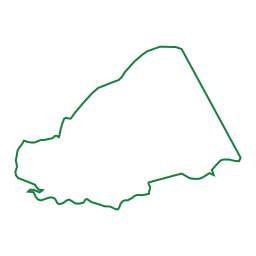 the district of Natividad, Oaxaca, Mexico
{"feature_id": "50627088B30412842807329", "entity_name": "Natividad", "entity_type": "district", "adm_level": 2, "iso_a3": "MEX", "parent_name": "Mexico", "parent_adm1": "Oaxaca", "projection": "orthographic", "projection_center": [-96.43, 17.303], "detail": "fine", "context": "isolated", "style": "outline", "palette": "green", "viewbox_px": 256, "rotation_deg": 0, "n_neighbors": 0, "source": "geoboundaries", "source_scale": "gbopen_adm2", "svg_char_len": 2058}
<svg xmlns="http://www.w3.org/2000/svg" viewBox="0 0 256 256"><path d="M240.6,157.7L181.6,49.0L175.9,47.1L170.5,46.9L165.6,46.8L160.1,46.7L152.1,49.5L146.6,51.6L142.2,54.8L134.6,61.3L125.0,72.0L121.8,77.1L118.7,80.0L112.0,82.5L104.7,85.4L98.1,88.0L92.1,93.2L87.3,98.5L82.8,103.4L78.9,108.1L75.5,112.0L70.9,118.4L70.4,118.7L68.3,118.4L66.1,117.8L64.2,118.6L62.5,123.0L61.2,127.3L60.3,131.0L59.5,135.2L58.8,137.3L58.5,137.3L58.1,136.4L57.3,136.0L56.3,135.8L54.8,136.1L54.7,136.2L53.4,137.4L52.5,138.3L48.8,138.9L44.0,140.1L41.5,139.9L41.3,139.9L38.4,140.9L35.7,142.2L33.6,142.5L33.2,142.6L30.8,142.5L27.4,141.8L24.0,140.7L21.4,145.1L19.9,146.7L19.8,146.8L17.6,150.7L17.5,150.8L16.7,155.8L15.8,160.2L16.9,165.7L16.8,167.5L16.3,169.1L15.4,171.8L16.0,175.4L16.1,175.5L18.1,178.0L35.0,184.7L35.0,185.1L35.2,185.4L35.5,185.8L36.2,186.7L37.8,188.7L38.9,189.7L40.7,189.8L42.7,190.0L41.9,190.9L41.0,191.3L39.3,192.4L34.1,189.9L30.2,189.6L28.1,191.7L33.5,192.1L35.4,196.1L35.8,196.9L37.9,199.3L40.0,200.2L40.5,200.3L41.3,200.3L42.7,199.8L45.0,199.1L45.9,198.7L48.0,198.0L50.7,197.4L50.9,197.4L53.4,197.8L53.5,197.8L55.1,199.0L55.3,199.3L56.5,201.5L57.7,203.5L59.6,204.1L60.9,203.8L62.8,203.1L63.1,202.9L63.6,202.7L66.9,200.2L67.1,200.1L69.1,199.7L69.3,199.6L69.5,199.7L75.4,203.4L79.0,203.7L83.5,202.6L85.4,199.6L85.5,199.5L85.7,199.4L86.9,199.1L87.1,199.1L89.8,200.9L91.4,202.1L98.5,204.2L104.5,206.3L109.8,206.5L110.0,206.5L116.0,209.3L118.1,209.2L119.3,207.2L119.8,205.9L120.4,204.2L122.0,201.9L122.1,201.7L124.4,200.4L124.6,200.3L127.8,200.3L132.7,197.6L134.1,196.1L137.0,195.0L139.1,195.0L141.3,195.2L142.9,195.0L144.3,194.8L146.5,194.3L147.9,194.1L149.2,193.6L149.0,192.3L149.2,191.3L149.8,189.2L150.2,187.4L150.1,186.6L149.5,185.5L148.9,184.7L148.6,183.6L148.5,182.8L148.7,182.4L172.8,175.9L178.1,174.5L181.7,173.6L188.8,177.6L190.4,178.4L193.7,178.8L198.6,178.9L202.4,177.6L209.5,173.1L210.3,173.5L213.7,175.1L211.9,169.9L215.5,165.8L220.5,160.5L223.5,159.5L228.9,159.5L235.3,161.0L239.0,161.2L240.6,157.7Z" fill="none" stroke="#15803d" stroke-width="2"/></svg>